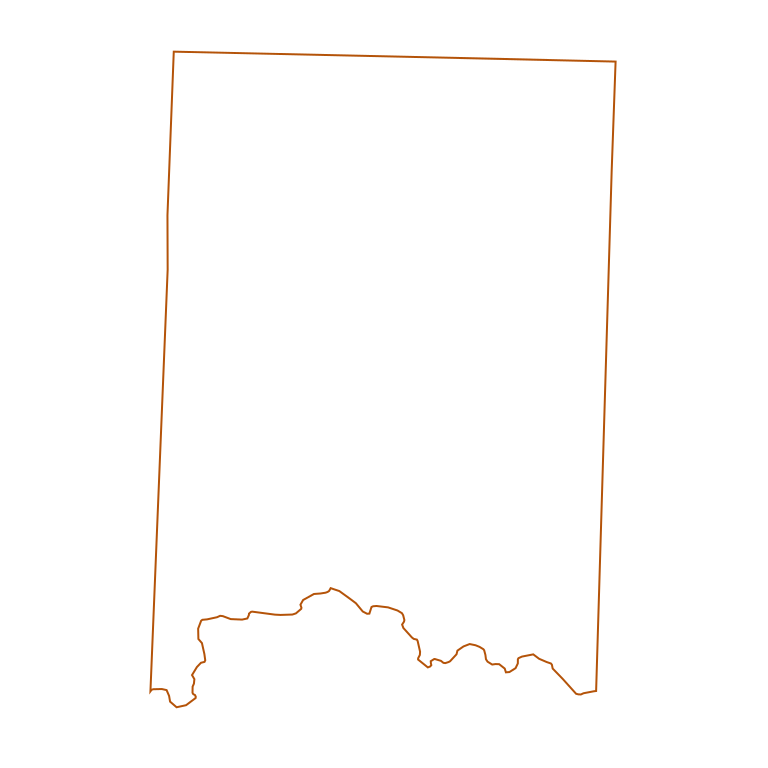 Sioux, Iowa, United States of America, rotated 272°
{"feature_id": "52423323B71444567785310", "entity_name": "Sioux", "entity_type": "district", "adm_level": 2, "iso_a3": "USA", "parent_name": "United States of America", "parent_adm1": "Iowa", "projection": "albers", "projection_center": [-96.475, 43.084], "detail": "fine", "context": "isolated", "style": "outline", "palette": "amber", "viewbox_px": 768, "rotation_deg": 272, "n_neighbors": 0, "source": "geoboundaries", "source_scale": "gbopen_adm2", "svg_char_len": 1746}
<svg xmlns="http://www.w3.org/2000/svg" viewBox="0 0 768 768"><g transform="rotate(272 384 384)"><path d="M68.7,161.3L70.3,162.4L70.9,164.1L71.4,172.6L70.5,177.4L64.8,180.1L59.1,181.3L53.7,188.0L56.1,197.4L63.6,206.7L64.9,206.8L66.5,206.0L67.4,204.2L68.7,203.4L74.9,203.3L77.9,204.5L82.4,204.8L86.4,202.3L94.6,206.9L99.0,210.8L100.0,214.3L101.6,215.0L107.9,213.9L118.7,211.1L122.7,207.4L133.0,206.8L141.0,209.5L142.0,210.7L142.6,215.4L145.1,225.3L146.6,228.3L146.4,231.0L143.7,239.0L143.6,250.4L144.9,255.6L148.3,257.0L149.8,257.1L151.6,259.0L151.9,260.2L149.7,283.0L149.6,288.6L150.4,300.5L151.7,304.0L156.4,309.1L157.5,309.3L160.5,308.2L165.3,310.7L171.7,321.3L172.4,327.7L173.4,332.9L174.2,334.9L175.3,336.4L178.1,337.8L175.5,346.6L167.4,358.6L163.9,363.6L155.9,370.7L153.8,375.1L154.0,377.4L160.7,379.3L161.5,380.9L161.9,384.3L161.8,385.3L160.9,395.9L158.1,405.4L155.6,409.9L153.6,411.2L148.8,412.6L147.2,412.3L144.2,410.5L140.8,411.9L131.7,420.7L130.3,422.6L129.7,425.8L128.3,426.6L117.7,429.4L114.5,429.3L111.1,427.7L109.8,427.7L102.3,437.7L103.3,440.0L104.7,441.1L106.5,440.6L108.6,440.4L110.9,443.8L110.9,444.5L109.3,450.6L107.4,453.1L107.2,455.0L108.4,458.3L109.2,459.7L116.4,465.9L120.1,466.7L124.5,472.6L127.1,478.7L126.1,484.6L124.6,488.7L122.4,492.6L121.4,493.4L116.8,494.8L112.5,495.5L110.1,497.2L107.4,501.9L108.0,505.2L108.0,508.9L103.8,514.6L100.1,515.9L100.5,519.4L104.6,525.4L109.4,527.5L113.6,527.4L114.7,528.0L116.4,531.4L119.0,542.6L114.8,548.6L111.8,556.3L110.5,560.6L109.3,561.6L105.5,562.5L100.8,567.4L95.6,572.8L81.1,586.8L80.6,589.2L80.6,591.6L81.9,594.2L84.2,604.3L84.6,606.7L604.7,604.1L714.3,604.2L713.0,493.2L708.8,162.3L545.1,161.7L490.7,163.8L68.7,161.3Z" fill="none" stroke="#b45309" stroke-width="2"/></g></svg>